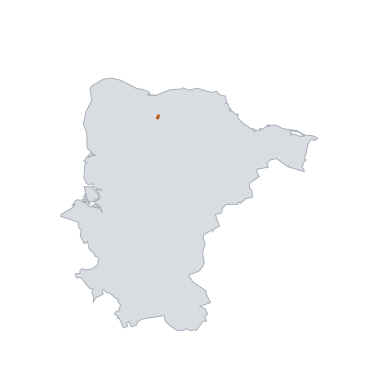 Rio do Pires, Bahia, Brazil (highlighted), rotated 253°
{"feature_id": "56859067B13146524318687", "entity_name": "Rio do Pires", "entity_type": "district", "adm_level": 2, "iso_a3": "BRA", "parent_name": "Brazil", "parent_adm1": "Bahia", "projection": "orthographic", "projection_center": [-42.161, -13.135], "detail": "fine", "context": "in_parent", "style": "filled", "palette": "amber", "viewbox_px": 384, "rotation_deg": 253, "n_neighbors": 0, "source": "geoboundaries", "source_scale": "gbopen_adm2", "svg_char_len": 4358}
<svg xmlns="http://www.w3.org/2000/svg" viewBox="0 0 384 384"><g transform="rotate(253 192 192)"><path d="M101.4,87.9L104.9,90.7L109.3,88.8L110.6,90.7L113.1,87.5L119.1,84.0L120.4,81.1L124.3,79.2L124.6,77.4L120.2,77.2L119.2,69.8L115.6,65.4L120.6,67.3L125.1,66.8L128.3,69.0L129.4,66.0L141.0,61.5L143.6,58.8L143.5,56.6L147.0,56.2L148.0,57.2L146.8,61.0L149.8,61.9L150.8,64.9L148.6,67.4L147.6,73.7L149.7,80.0L155.2,83.4L157.6,82.7L158.8,80.5L161.0,80.8L167.3,77.0L175.3,77.6L174.2,74.9L175.4,73.0L177.0,73.7L182.3,72.1L188.2,75.1L190.8,73.4L196.4,74.3L207.2,59.2L208.9,60.7L212.3,74.1L214.1,76.1L217.7,77.2L218.1,80.6L212.0,87.4L208.2,89.7L203.3,98.8L198.5,100.3L203.6,100.4L211.0,95.5L212.5,101.3L214.5,103.0L222.3,100.8L220.0,107.4L223.0,102.0L226.6,98.9L228.3,99.8L229.1,98.8L228.4,96.5L230.8,93.6L236.9,92.8L249.8,97.5L250.8,100.1L252.6,98.3L255.6,100.2L256.4,102.4L254.9,103.9L255.6,104.6L257.2,103.2L257.6,104.6L256.1,106.1L255.1,110.5L257.2,108.7L258.7,105.3L258.9,107.7L264.8,104.6L278.4,108.4L289.3,108.1L299.9,114.3L309.1,122.9L320.7,124.7L322.9,127.9L325.8,140.3L324.5,148.2L319.9,156.2L307.3,169.3L307.3,168.2L304.9,174.3L300.9,179.5L299.1,180.3L297.8,177.9L296.7,179.1L294.9,184.8L296.2,201.2L293.8,210.6L294.1,214.3L290.6,218.2L289.6,227.6L281.6,239.5L281.2,244.9L276.5,247.1L274.3,251.6L268.2,251.7L266.9,250.0L266.5,251.9L257.1,252.4L257.6,254.0L251.8,257.8L248.5,257.8L242.7,261.0L235.6,266.7L234.4,269.4L233.0,268.5L232.6,269.7L230.9,269.2L233.1,270.7L231.5,272.5L231.2,275.5L232.7,281.9L231.7,291.6L226.1,297.2L219.9,310.4L213.7,316.5L213.4,314.5L217.9,312.0L221.5,304.7L221.5,303.5L218.8,304.3L216.9,302.1L218.0,304.3L217.4,307.0L213.6,311.5L212.6,315.0L213.2,316.9L210.7,323.5L207.0,327.8L206.0,327.2L205.6,324.0L207.6,321.0L203.3,316.5L194.3,311.7L191.4,308.9L189.1,310.6L188.6,308.5L183.3,304.2L181.2,305.6L178.7,305.1L187.5,291.9L188.8,292.0L188.4,290.7L199.3,282.6L199.8,276.3L197.2,271.9L193.4,272.1L194.8,261.2L192.2,259.7L187.2,260.9L183.7,249.8L179.4,248.1L176.3,249.6L169.5,248.5L169.7,241.0L167.0,235.2L168.8,233.8L166.9,232.2L170.1,221.0L167.5,216.2L163.6,214.4L163.4,207.6L151.3,208.3L150.4,202.7L147.9,200.2L149.9,199.9L147.7,190.7L143.7,188.9L139.1,189.5L130.2,184.1L121.2,183.2L117.3,180.3L114.3,175.3L113.4,164.3L105.9,166.4L93.5,176.5L89.6,175.8L80.8,177.3L80.5,166.0L76.5,170.3L70.7,171.3L69.2,167.9L64.1,167.9L65.2,164.7L58.2,155.4L59.8,153.4L59.4,150.5L63.0,146.9L62.2,144.3L64.0,137.1L70.3,131.9L76.7,128.7L82.0,129.0L85.1,106.6L83.6,102.0L80.8,99.7L80.9,94.7L86.7,93.5L85.7,90.9L82.2,91.2L82.3,86.7L93.0,85.4L93.0,83.5L94.6,85.0L98.1,82.1L99.9,84.7L100.1,88.3L101.4,87.9ZM215.6,89.6L228.8,90.5L225.7,98.3L223.3,98.5L222.8,99.8L220.9,99.3L218.8,101.3L213.8,101.4L212.0,97.6L213.3,96.6L211.7,95.3L212.8,90.8L215.6,89.6ZM204.4,99.3L206.4,93.7L208.5,92.8L208.3,96.2L204.4,99.3ZM219.2,86.8L217.9,88.9L214.9,88.5L215.4,87.2L219.2,86.8ZM214.7,84.7L214.2,88.9L212.9,88.5L214.7,84.7ZM221.3,89.4L219.4,89.7L218.6,89.4L220.9,88.1L221.3,89.4ZM212.7,89.8L210.8,91.3L210.0,90.6L211.4,89.3L212.7,89.8ZM216.3,86.0L215.4,85.2L216.9,84.3L217.1,85.1L216.3,86.0ZM215.3,75.3L214.1,75.5L213.9,74.0L215.0,73.9L215.3,75.3ZM233.4,285.9L232.9,284.6L233.7,283.3L233.9,283.7L233.4,285.9ZM252.9,257.2L253.2,258.7L251.9,258.4L252.9,257.2ZM232.3,276.4L231.7,275.6L232.5,274.8L232.7,275.1L232.3,276.4ZM256.8,107.7L256.0,109.3L256.9,107.1L256.8,107.7ZM298.4,180.6L297.1,181.0L297.9,179.8L298.4,180.6ZM260.5,253.0L259.2,253.5L259.0,253.2L259.7,252.5L260.5,253.0ZM296.2,183.5L295.7,184.4L295.4,183.8L296.2,183.5ZM253.3,96.9L253.3,97.7L253.0,97.6L253.3,96.9Z" fill="#d9dde1" stroke="#a8b0b8" stroke-width="1"/><path d="M275.2,182.3L275.0,182.2L274.9,182.2L274.7,182.1L274.6,181.9L274.4,181.8L274.4,181.7L274.3,181.8L274.2,181.8L274.2,181.7L273.9,181.4L273.9,181.2L273.9,180.9L273.8,180.7L273.7,180.6L273.5,180.4L273.4,180.3L273.5,180.3L273.5,180.2L273.4,180.2L273.5,180.2L273.4,180.2L273.2,180.2L273.2,180.3L272.9,180.3L272.7,180.4L272.8,180.5L272.7,180.5L272.4,180.7L272.3,180.8L272.2,180.7L272.0,180.8L272.1,181.0L272.2,180.9L272.2,181.0L272.3,181.1L272.4,181.3L272.5,181.4L272.8,181.3L272.9,181.2L273.0,181.3L273.2,181.5L273.3,181.5L273.4,181.8L273.5,181.8L273.5,182.0L273.7,182.3L273.8,182.3L274.0,182.3L274.4,182.6L274.5,182.5L274.8,182.6L275.3,182.7L275.3,182.4L275.2,182.4L275.2,182.3Z" fill="#f59e0b" stroke="#b45309" stroke-width="1.5"/></g></svg>